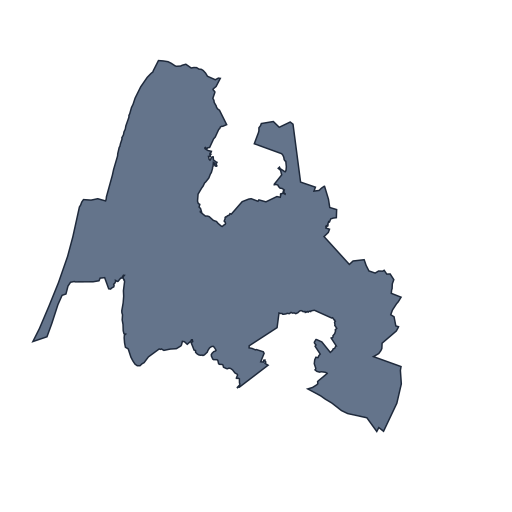 Heroica Ciudad de Juchitán de Zaragoza, Oaxaca, Mexico, rotated 110°
{"feature_id": "50627088B28921038205871", "entity_name": "Heroica Ciudad de Juchitán de Zaragoza", "entity_type": "district", "adm_level": 2, "iso_a3": "MEX", "parent_name": "Mexico", "parent_adm1": "Oaxaca", "projection": "orthographic", "projection_center": [-94.955, 16.413], "detail": "fine", "context": "isolated", "style": "filled", "palette": "slate", "viewbox_px": 512, "rotation_deg": 110, "n_neighbors": 0, "source": "geoboundaries", "source_scale": "gbopen_adm2", "svg_char_len": 6143}
<svg xmlns="http://www.w3.org/2000/svg" viewBox="0 0 512 512"><g transform="rotate(110 256 256)"><path d="M119.5,266.3L118.4,269.7L127.1,278.2L123.7,285.7L129.7,296.3L132.0,296.3L134.5,297.1L137.3,296.1L139.1,295.9L151.1,296.0L151.1,266.9L152.1,265.2L153.8,263.6L155.8,262.5L156.7,261.3L156.8,260.4L161.8,258.0L165.2,257.1L166.8,257.3L166.9,257.8L165.6,263.3L164.5,264.3L166.0,265.1L167.1,262.2L171.0,259.6L182.3,263.4L182.8,263.2L181.9,261.6L181.9,259.6L183.0,258.6L184.0,256.6L183.6,254.5L184.3,252.0L185.2,252.1L185.1,252.5L186.5,252.4L186.3,251.6L187.3,251.1L187.5,249.9L188.0,249.8L187.7,251.9L189.2,254.1L190.1,253.9L190.1,253.6L192.5,253.3L193.0,256.7L201.7,265.2L202.3,272.5L203.9,272.9L203.8,280.1L205.0,282.3L209.7,287.6L225.1,293.5L225.1,294.9L226.8,295.2L228.1,296.7L229.3,297.1L229.7,298.0L230.5,298.2L231.8,297.7L233.5,297.9L234.4,297.6L234.6,296.6L236.0,295.7L237.0,295.9L237.9,296.8L239.8,297.8L239.9,298.5L238.4,302.7L237.1,304.9L237.1,308.3L235.0,313.5L235.1,315.3L235.8,317.2L233.7,323.4L233.4,323.5L233.4,322.1L230.3,324.4L229.5,326.2L226.7,326.5L226.4,328.2L224.5,329.7L217.7,331.6L210.7,330.3L208.4,329.6L204.9,329.3L203.9,328.7L198.9,327.0L194.6,326.9L192.9,326.5L188.6,326.8L187.4,327.2L186.6,327.0L182.6,328.1L182.9,327.0L184.5,326.2L185.4,325.0L185.1,323.7L184.5,323.7L183.0,325.2L182.5,325.2L181.7,324.6L181.3,324.7L181.3,325.6L180.2,328.9L177.5,330.1L177.5,330.5L178.6,331.6L181.0,331.7L181.7,332.0L181.2,333.1L178.7,334.7L178.1,333.0L177.7,333.0L176.9,333.8L175.8,333.2L175.8,334.2L175.3,334.4L174.0,333.7L172.9,333.7L173.3,337.3L172.7,340.3L172.2,341.0L171.7,341.0L171.3,340.7L171.9,339.5L171.7,338.7L170.9,338.5L169.9,336.7L160.4,335.9L158.2,335.0L149.7,334.3L148.7,333.7L147.0,333.6L146.0,332.8L145.5,331.6L142.6,328.5L131.5,340.2L130.9,342.4L129.5,344.2L128.7,344.6L126.0,347.8L124.1,348.8L122.6,350.5L116.4,350.6L115.7,350.9L114.4,353.3L113.5,353.3L110.4,351.5L101.3,350.3L101.7,352.2L104.3,354.5L103.7,363.1L101.4,365.9L99.8,369.0L99.3,371.2L99.9,373.5L99.3,376.2L100.1,378.8L101.5,381.2L99.8,387.5L102.0,390.6L103.3,391.8L105.0,395.8L105.0,397.0L103.9,401.6L103.5,405.1L104.4,409.8L105.7,414.5L117.1,415.9L118.2,415.8L120.4,417.1L125.3,419.3L136.4,422.2L148.9,423.6L155.6,423.4L159.0,423.8L165.5,423.3L167.3,423.5L169.0,422.9L178.3,422.8L181.6,422.2L184.5,422.5L187.4,422.0L190.8,422.5L191.9,421.9L196.7,421.8L199.6,421.4L200.7,421.7L207.2,420.9L209.3,420.3L223.3,419.4L229.2,418.6L251.6,416.8L253.9,416.2L255.7,416.2L256.3,424.3L259.9,430.1L262.0,437.4L265.0,438.2L268.1,438.2L270.3,438.7L300.4,434.7L320.8,432.9L348.6,432.5L373.9,433.4L398.3,434.7L412.7,436.4L403.4,424.8L389.2,424.8L369.5,425.5L359.3,424.8L356.7,421.6L348.6,422.4L344.1,421.3L342.1,418.0L342.2,417.2L335.9,400.2L333.0,395.1L330.1,394.9L328.1,390.8L337.2,383.2L336.8,381.3L335.5,380.7L333.6,379.1L332.2,379.3L331.2,380.1L329.9,379.4L328.0,379.2L327.0,379.7L327.3,377.5L327.0,377.0L323.1,375.6L322.7,374.7L319.4,374.0L319.2,373.1L320.9,373.7L322.7,373.1L323.2,371.9L323.7,372.0L324.4,371.0L325.2,370.7L334.0,368.7L339.0,366.6L345.5,364.8L353.3,363.4L355.2,362.6L356.9,361.3L361.8,359.9L365.9,357.5L371.7,355.2L374.2,353.5L374.0,351.8L375.5,352.6L378.0,351.9L382.6,349.8L386.4,347.5L387.0,344.3L393.9,338.9L396.7,335.8L399.0,332.7L399.7,330.1L398.8,327.5L396.2,326.2L394.5,324.7L387.6,322.6L376.5,315.2L376.4,313.8L375.7,313.1L376.2,310.3L372.8,304.8L370.3,299.1L366.3,295.9L365.0,295.6L361.4,296.0L361.0,294.0L362.5,290.4L358.2,288.1L356.8,288.0L356.5,287.2L358.1,286.2L359.6,287.3L365.6,282.0L365.5,280.5L367.2,279.8L368.1,277.9L368.5,276.1L368.3,274.4L367.5,272.6L367.7,272.0L368.0,272.2L366.6,270.7L363.0,268.9L361.3,268.9L358.2,268.2L356.3,266.8L355.5,265.4L355.7,264.7L357.0,262.7L358.3,261.3L359.1,261.5L360.2,262.9L362.2,263.9L363.9,264.3L365.3,263.7L367.7,261.3L367.9,260.4L366.8,257.2L367.1,256.2L370.0,254.3L370.3,253.4L369.5,250.7L369.7,249.8L371.6,248.5L371.9,245.3L371.8,244.4L370.6,243.0L370.4,241.5L371.0,239.1L373.1,235.8L373.5,233.2L374.1,232.6L377.5,232.7L377.6,232.2L376.9,230.6L377.1,229.6L381.0,228.1L381.7,227.4L382.7,227.2L385.9,228.6L386.1,228.3L385.0,227.5L385.0,226.8L354.5,207.3L353.8,210.7L352.3,210.5L351.6,211.6L350.7,212.0L351.3,213.1L353.1,212.8L353.8,215.4L344.7,215.1L343.5,216.4L343.8,223.7L344.4,224.4L344.2,228.1L344.7,231.1L342.7,231.7L316.1,211.7L301.7,214.9L301.7,213.7L301.1,211.6L301.6,210.9L301.4,210.4L300.2,208.1L299.2,207.1L298.8,205.0L297.0,203.8L297.2,202.2L296.4,200.6L296.6,198.9L295.0,197.3L292.8,196.2L291.9,195.0L291.9,193.8L292.2,192.7L291.4,191.0L292.2,190.4L291.8,189.7L291.0,189.3L290.9,188.0L290.4,188.2L290.2,187.3L289.4,186.5L289.5,185.6L288.9,185.5L288.5,185.1L287.0,182.6L288.4,163.7L287.8,162.9L288.8,161.5L289.1,160.4L289.7,160.3L290.2,159.1L291.5,159.5L293.3,158.4L294.3,158.2L296.3,155.4L298.4,156.3L299.1,155.6L302.1,155.5L304.6,156.4L305.7,155.9L306.5,156.2L307.4,157.3L313.0,149.9L313.1,150.2L315.9,150.5L316.9,151.7L318.5,151.8L321.2,153.2L314.2,164.8L313.8,170.6L314.0,171.1L317.1,171.7L317.9,171.2L319.1,169.2L320.6,169.6L326.2,162.1L328.0,162.8L330.3,163.0L330.7,165.1L333.5,165.3L337.3,164.4L341.1,161.4L342.0,161.3L342.8,161.6L343.6,159.4L343.5,158.0L343.4,156.6L342.4,155.0L341.6,151.3L341.7,149.3L342.0,148.9L352.8,155.2L354.9,154.2L356.3,154.9L360.2,157.9L363.2,161.9L365.3,147.4L366.8,142.0L368.2,134.6L372.0,122.9L372.7,116.0L370.1,96.5L379.6,82.5L375.2,81.9L377.1,76.2L346.2,73.3L326.5,75.7L314.1,81.2L310.3,81.9L310.4,111.2L305.7,107.3L302.2,106.3L299.9,106.1L294.8,107.7L278.5,98.5L274.5,97.9L273.7,97.9L273.9,100.7L265.9,105.5L265.1,109.3L260.1,109.3L252.8,107.6L250.5,106.7L245.1,105.6L244.8,116.1L241.3,117.0L240.3,116.9L235.5,118.4L231.1,118.4L227.0,123.8L228.3,126.9L225.6,130.7L226.9,131.7L228.2,135.7L231.3,138.2L231.4,144.8L227.2,149.3L222.5,153.1L227.5,163.1L232.0,165.4L214.5,198.7L209.1,196.1L205.7,196.1L205.8,199.9L204.5,199.9L204.5,200.4L203.4,200.3L203.4,198.9L202.1,198.9L201.8,199.4L198.8,199.5L198.9,198.6L195.6,198.5L193.9,196.3L192.5,193.6L184.8,196.1L185.2,203.3L177.9,207.3L167.1,215.4L167.1,215.7L169.9,217.7L172.8,219.1L175.2,223.7L171.0,223.7L171.3,239.4L119.5,266.3Z" fill="#64748b" stroke="#1e293b" stroke-width="1.5"/></g></svg>